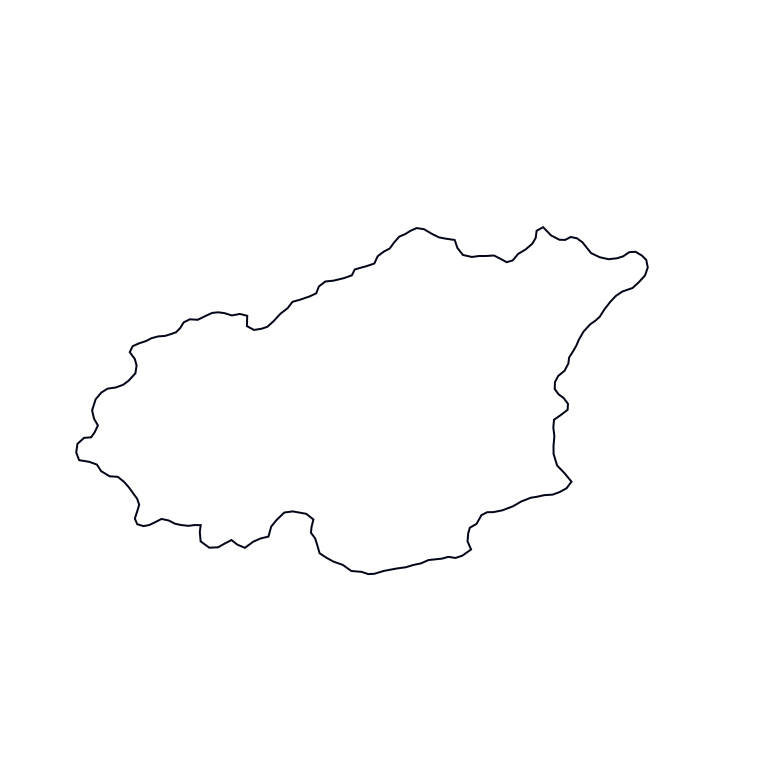 Conceição da Aparecida, Minas Gerais, Brazil (Albers equal-area conic projection), rotated 316°
{"feature_id": "56859067B12007549634062", "entity_name": "Conceição da Aparecida", "entity_type": "district", "adm_level": 2, "iso_a3": "BRA", "parent_name": "Brazil", "parent_adm1": "Minas Gerais", "projection": "albers", "projection_center": [-46.222, -21.097], "detail": "fine", "context": "isolated", "style": "outline", "palette": "ink", "viewbox_px": 768, "rotation_deg": 316, "n_neighbors": 0, "source": "geoboundaries", "source_scale": "gbopen_adm2", "svg_char_len": 2794}
<svg xmlns="http://www.w3.org/2000/svg" viewBox="0 0 768 768"><g transform="rotate(316 384 384)"><path d="M654.7,483.4L658.9,476.8L658.7,470.7L656.8,463.6L651.9,459.5L644.7,458.3L638.8,455.3L632.2,450.2L627.2,442.6L623.9,433.7L624.6,426.0L625.2,420.0L624.0,413.2L620.4,407.9L614.4,406.2L610.4,402.1L607.4,393.2L607.4,381.7L600.2,379.8L594.6,384.3L588.2,386.1L579.4,385.6L570.8,383.6L562.4,384.5L556.9,381.6L554.8,375.0L552.4,368.0L546.1,362.6L541.1,357.8L535.5,353.7L530.4,346.0L531.3,337.2L534.9,329.5L529.2,322.1L525.4,316.7L522.7,309.1L520.3,300.4L515.8,294.5L509.5,292.2L503.4,290.9L497.4,288.6L489.7,289.2L482.2,290.5L475.7,288.6L468.2,287.7L460.8,290.6L453.1,287.0L447.5,283.9L442.5,281.3L436.4,283.5L428.7,280.0L419.5,274.6L413.0,269.5L404.9,268.6L398.3,271.7L391.0,269.2L382.1,265.0L375.2,261.3L367.4,262.5L358.2,261.5L348.2,262.1L339.8,261.8L334.5,259.3L328.0,254.8L325.6,247.1L333.0,239.9L329.0,233.5L322.2,229.0L318.4,222.1L314.6,217.3L309.8,213.5L303.0,211.1L294.6,208.4L289.3,202.6L282.7,200.5L276.2,202.2L270.3,202.3L264.6,199.7L259.7,197.2L254.8,193.0L248.5,189.5L242.9,187.9L235.8,184.5L229.5,182.2L223.2,184.5L222.1,193.0L218.8,198.9L212.6,203.6L202.7,204.2L195.9,203.4L188.5,200.1L181.9,195.3L174.8,193.8L165.9,194.7L155.7,200.2L151.3,207.5L149.4,215.1L142.4,217.7L136.3,218.9L130.8,214.4L121.9,214.1L115.0,219.5L111.8,227.0L117.9,235.2L121.5,242.5L120.0,250.2L122.5,259.8L128.0,265.8L129.0,273.7L128.7,281.1L127.6,288.4L126.7,295.1L124.0,300.8L118.3,304.0L111.2,307.8L109.1,313.5L112.3,319.2L117.2,322.4L123.3,324.4L130.2,326.5L134.3,332.6L136.6,339.3L140.0,344.4L144.8,350.2L149.9,354.0L154.1,358.2L148.7,362.5L142.8,369.8L144.6,380.4L151.2,386.2L158.5,388.1L165.9,390.3L166.9,397.6L170.1,405.2L180.5,406.6L188.0,409.4L194.9,413.5L203.8,408.2L212.3,407.2L223.0,407.2L229.8,412.2L233.8,417.7L237.9,423.4L239.1,432.4L232.3,436.7L228.1,440.3L227.2,447.3L224.2,453.3L220.1,461.0L221.9,469.0L224.3,476.7L228.7,485.5L230.6,495.8L237.4,503.6L240.6,509.8L245.2,513.8L254.1,518.4L259.9,522.2L265.5,525.9L272.4,531.0L279.3,534.5L286.0,538.7L293.8,541.6L299.8,546.3L304.4,549.9L310.2,553.0L314.6,558.8L321.1,561.9L331.7,563.5L334.8,555.2L341.0,549.8L345.9,547.0L353.5,548.9L363.0,546.0L369.2,547.9L373.6,552.1L381.4,557.1L392.0,561.6L401.0,563.8L410.6,567.8L415.9,571.5L422.1,575.3L428.4,580.7L435.2,583.7L442.9,585.8L451.0,584.5L451.9,573.7L451.9,562.9L457.4,552.1L462.9,546.3L470.2,540.0L475.6,532.9L481.5,527.8L490.1,529.2L498.2,530.1L502.6,526.0L503.5,518.6L502.4,512.9L503.3,506.2L508.3,501.4L514.9,499.2L523.1,499.9L530.9,497.3L535.6,493.5L542.8,491.8L549.0,490.0L554.9,487.5L563.9,484.9L573.7,484.3L580.2,485.3L585.9,485.5L595.0,483.3L604.0,482.1L612.0,481.7L619.8,483.1L629.5,487.6L638.2,487.8L647.3,487.2L654.7,483.4Z" fill="none" stroke="#020617" stroke-width="2"/></g></svg>